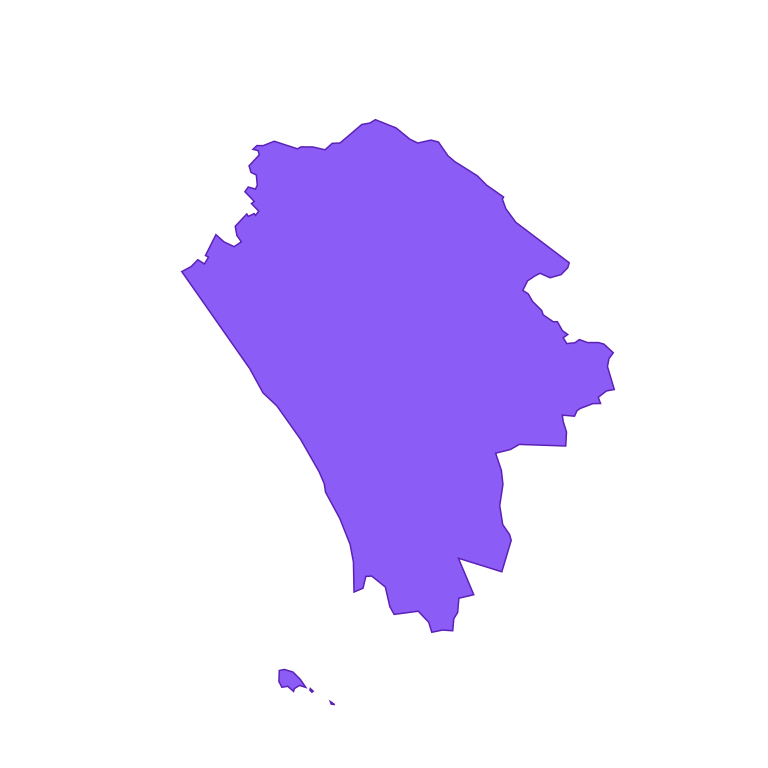 outline of Killiney-Shankill Lea-7, Dún Laoghaire–Rathdown, Ireland, rotated 155°
{"feature_id": "5873133B24997022792264", "entity_name": "Killiney-Shankill Lea-7", "entity_type": "district", "adm_level": 2, "iso_a3": "IRL", "parent_name": "Ireland", "parent_adm1": "Dún Laoghaire–Rathdown", "projection": "mercator", "projection_center": [-6.14, 53.238], "detail": "fine", "context": "isolated", "style": "filled", "palette": "violet", "viewbox_px": 768, "rotation_deg": 155, "n_neighbors": 0, "source": "geoboundaries", "source_scale": "gbopen_adm2", "svg_char_len": 1998}
<svg xmlns="http://www.w3.org/2000/svg" viewBox="0 0 768 768"><g transform="rotate(155 384 384)"><path d="M237.4,274.5L235.5,280.4L224.9,274.3L220.4,278.2L216.6,278.9L202.8,277.9L196.0,274.8L195.4,281.4L185.4,283.7L177.6,281.7L174.1,305.4L169.4,311.9L163.0,315.4L167.9,327.3L172.1,330.9L182.0,335.5L188.1,341.7L193.6,340.7L201.3,343.4L202.0,350.2L196.5,351.2L199.8,357.0L200.5,367.2L204.3,368.9L210.5,379.4L210.0,384.0L214.4,395.8L215.2,404.7L218.6,410.2L210.3,416.8L201.4,418.2L195.8,418.4L188.6,410.1L177.3,408.3L168.3,411.7L164.9,415.6L196.2,474.8L199.5,491.3L198.6,501.5L196.6,502.9L207.0,520.9L211.4,533.2L225.9,555.7L229.6,563.8L232.4,580.4L238.3,585.2L251.5,588.1L257.1,594.9L264.8,610.9L280.1,627.2L286.7,626.5L294.4,628.6L322.1,621.0L329.2,624.0L338.5,621.2L348.3,628.9L359.1,634.0L363.0,633.7L380.9,650.4L392.8,651.1L398.4,653.8L403.6,652.1L399.4,648.6L400.3,644.3L414.1,638.8L415.1,632.0L411.4,627.4L414.8,617.8L418.1,615.0L423.8,619.9L428.8,617.0L424.4,604.3L427.9,603.6L424.5,593.6L429.2,591.1L429.6,593.3L436.2,593.3L436.5,596.1L452.2,589.8L454.6,580.7L453.2,573.2L461.8,571.8L469.0,580.5L473.2,590.4L491.5,575.9L489.4,573.2L496.0,568.7L500.2,575.3L509.2,571.9L519.8,571.4L499.2,454.7L497.4,427.1L490.3,409.2L483.0,369.1L479.9,331.9L480.3,318.9L482.7,310.6L480.9,280.6L482.5,253.0L486.9,235.7L499.1,208.1L489.3,207.8L481.8,217.3L476.3,215.1L468.6,199.4L472.8,179.7L472.2,170.9L449.0,163.6L444.2,149.2L445.6,138.8L434.8,136.2L426.0,131.3L420.0,141.7L413.8,145.8L406.7,158.2L391.7,155.1L390.2,194.6L356.6,164.0L334.8,188.5L333.8,194.4L335.8,206.4L330.5,224.9L318.6,242.8L314.1,256.2L312.1,274.1L297.0,271.2L287.0,272.1L245.5,251.0L238.9,263.3L237.4,274.5ZM584.7,151.7L588.3,161.5L594.9,167.4L600.0,168.6L605.0,158.7L604.7,152.3L599.0,150.7L595.9,143.6L594.0,145.8L588.0,146.5L583.1,142.1L584.7,151.7ZM580.6,137.9L579.6,135.1L578.0,135.5L579.5,139.2L580.6,137.9ZM566.0,117.6L566.9,119.0L567.1,116.2L564.2,114.2L566.0,117.6Z" fill="#8b5cf6" stroke="#5b21b6" stroke-width="1.5"/></g></svg>